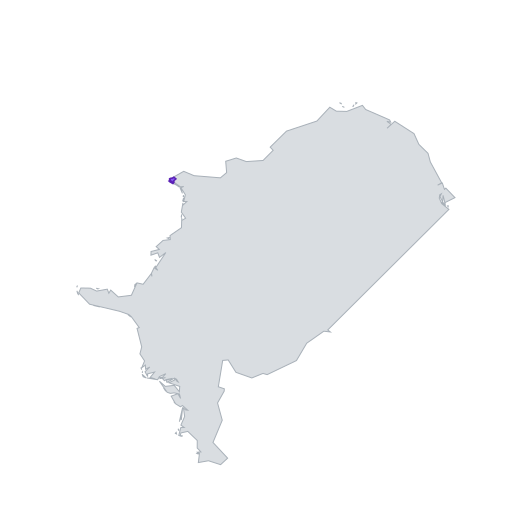 Cameron, Texas, United States of America shown in context, rotated 130°
{"feature_id": "52423323B19813922549461", "entity_name": "Cameron", "entity_type": "district", "adm_level": 2, "iso_a3": "USA", "parent_name": "United States of America", "parent_adm1": "Texas", "projection": "orthographic", "projection_center": [-97.444, 26.124], "detail": "fine", "context": "in_parent", "style": "filled", "palette": "violet", "viewbox_px": 512, "rotation_deg": 130, "n_neighbors": 0, "source": "geoboundaries", "source_scale": "gbopen_adm2", "svg_char_len": 4768}
<svg xmlns="http://www.w3.org/2000/svg" viewBox="0 0 512 512"><g transform="rotate(130 256 256)"><path d="M403.5,176.3L426.5,169.1L429.1,147.8L438.6,149.0L443.4,160.8L451.3,167.4L443.6,172.4L443.9,174.7L441.5,172.3L440.9,177.6L435.1,182.4L434.2,195.5L439.8,199.8L442.3,198.6L440.9,196.5L442.1,197.3L443.1,199.8L435.8,203.3L433.5,200.8L433.8,204.8L424.8,207.5L419.1,213.8L419.1,210.9L418.0,209.2L417.8,216.2L420.1,217.0L420.9,222.7L417.9,230.9L411.7,227.3L413.6,222.2L410.9,226.0L413.5,230.8L416.3,233.3L417.5,236.5L414.0,249.5L414.2,241.7L407.7,235.5L409.2,227.5L404.9,230.6L409.1,241.3L403.6,238.7L402.0,239.3L402.8,235.7L402.5,234.6L401.5,237.6L401.9,239.9L410.0,243.0L408.8,245.2L404.8,241.9L403.4,241.4L408.5,245.4L410.4,246.0L410.0,249.0L407.3,247.2L411.7,250.8L411.0,251.5L408.8,249.7L404.1,249.4L410.5,252.5L414.0,251.8L419.7,261.4L414.9,254.1L417.0,259.0L410.1,259.1L416.0,263.3L418.0,261.5L416.0,266.6L409.3,266.0L413.7,267.8L410.7,270.6L415.0,271.7L408.0,273.9L405.6,282.0L399.1,285.1L387.9,300.6L385.9,299.4L382.6,312.6L382.6,315.8L386.1,325.1L399.9,352.5L398.2,368.1L393.1,369.6L387.1,362.2L385.3,355.5L377.0,348.6L379.1,344.8L375.5,345.4L375.9,335.2L366.2,326.2L353.1,329.9L350.2,324.3L337.1,324.9L338.5,322.6L336.4,325.0L330.5,326.5L330.1,322.0L329.3,325.3L311.3,327.3L319.1,329.0L316.7,333.3L322.9,337.0L320.0,339.3L313.1,334.3L313.0,338.5L303.8,337.2L298.5,332.2L295.6,335.0L282.2,331.3L274.6,337.3L276.5,335.7L272.3,334.2L270.4,341.4L262.3,346.1L264.2,344.7L258.8,344.0L260.7,346.4L254.5,349.5L252.0,357.4L249.2,356.1L251.6,358.3L252.1,365.5L254.6,369.9L252.7,371.5L237.6,365.8L234.3,355.1L219.0,333.5L211.0,332.1L202.9,340.1L193.6,334.1L189.9,324.1L178.3,312.0L164.0,310.8L163.5,315.1L140.7,312.9L113.5,296.1L94.6,295.1L93.4,287.5L86.9,279.4L72.2,271.3L73.3,266.2L65.9,241.1L66.9,238.8L68.7,242.3L68.3,237.1L73.9,237.7L63.6,236.3L60.7,213.6L65.8,203.0L66.8,190.2L71.9,182.9L80.6,160.8L85.0,162.4L80.3,160.2L83.8,154.5L82.0,154.2L83.4,141.1L93.7,145.6L89.3,151.7L94.5,147.8L92.3,153.2L89.2,154.0L91.0,154.6L93.9,152.8L96.5,147.4L96.3,138.2L266.5,153.5L266.4,150.2L270.0,155.7L290.2,161.1L310.1,157.8L339.7,171.2L341.5,175.2L352.1,180.8L358.0,196.6L353.5,210.5L357.4,214.4L380.4,200.8L378.1,194.9L380.0,193.5L393.3,191.0L403.5,176.3ZM428.4,209.7L432.2,208.2L419.1,214.9L429.5,207.9L428.4,209.7ZM95.4,143.7L95.7,147.4L95.4,148.0L94.2,144.9L95.4,143.7ZM254.4,368.7L252.4,362.3L252.5,358.7L252.8,362.5L254.4,368.7ZM444.7,172.6L445.3,174.5L444.5,174.2L444.7,172.6ZM298.7,334.0L299.2,335.5L297.7,334.4L298.7,334.0ZM77.1,278.2L79.0,277.7L79.1,277.9L77.1,278.2ZM75.3,277.3L74.3,278.1L73.9,277.1L75.3,277.3ZM439.5,202.8L438.7,204.2L438.4,204.0L439.5,202.8ZM253.7,355.3L252.5,358.2L255.3,352.6L253.7,355.3ZM395.7,343.4L398.4,348.8L395.3,342.9L395.7,343.4ZM85.5,284.4L86.0,286.1L85.4,284.5L85.5,284.4ZM399.2,368.8L397.8,370.8L400.0,366.7L399.2,368.8ZM421.0,264.8L419.8,267.2L420.0,261.8L421.0,264.8ZM94.8,140.5L94.5,141.5L94.0,140.9L94.8,140.5ZM260.8,347.6L257.9,348.9L260.9,347.2L260.8,347.6ZM443.4,202.5L443.7,203.8L442.4,203.8L443.4,202.5ZM84.6,288.6L84.9,290.6L84.3,288.8L84.6,288.6ZM257.2,350.0L256.0,350.7L257.0,349.6L257.2,350.0ZM417.4,238.9L416.4,242.1L417.4,237.8L417.4,238.9ZM273.8,338.6L271.9,339.7L274.6,337.7L273.8,338.6ZM383.2,314.1L383.2,316.4L382.8,314.8L383.2,314.1ZM415.7,272.0L415.2,272.5L416.6,270.5L415.7,272.0ZM357.9,329.0L355.8,330.4L354.9,330.2L357.9,329.0ZM329.6,326.1L329.3,326.6L328.0,326.6L329.6,326.1ZM382.9,356.0L383.4,357.7L382.4,355.7L382.9,356.0ZM324.1,329.8L323.8,331.3L323.5,328.7L324.1,329.8ZM394.6,373.5L393.4,373.8L395.1,373.1L394.6,373.5ZM420.8,223.8L420.4,225.3L420.8,223.1L420.8,223.8ZM418.6,267.9L418.0,268.5L417.8,268.5L418.6,267.9Z" fill="#d9dde1" stroke="#a8b0b8" stroke-width="1"/><path d="M248.4,366.9L248.4,368.0L248.4,369.0L248.4,369.5L248.6,369.7L248.9,369.6L249.0,369.8L249.3,369.9L249.6,369.9L249.8,370.0L250.0,370.0L250.3,370.1L250.4,370.3L250.6,370.5L250.8,370.7L250.8,370.8L251.0,370.9L251.1,371.0L251.3,371.1L251.3,371.3L251.5,371.4L251.8,371.3L252.0,371.5L252.2,371.8L252.4,371.8L252.6,371.8L252.7,371.7L252.7,371.3L252.7,371.2L252.8,370.9L252.9,371.0L253.0,371.0L253.1,370.9L253.4,370.9L253.4,370.7L253.5,370.7L253.8,370.7L254.1,370.6L254.3,370.6L254.5,370.7L254.5,370.1L254.5,369.8L254.5,369.6L254.4,369.6L254.2,369.8L254.1,369.5L253.7,369.4L253.4,369.3L253.3,369.2L253.3,368.8L253.2,368.6L253.3,368.5L253.3,368.3L253.1,368.2L253.3,367.7L253.3,367.4L253.0,366.7L252.8,366.2L252.5,366.2L252.4,366.5L252.2,366.7L252.1,367.0L251.8,367.0L251.8,366.9L251.7,367.0L251.4,367.0L251.3,367.3L250.9,367.3L248.4,366.9ZM253.7,366.2L253.9,366.9L254.1,367.8L254.3,369.0L254.4,369.5L254.5,369.4L254.4,368.7L254.1,367.3L253.9,366.4L253.9,366.2L253.7,366.2Z" fill="#8b5cf6" stroke="#5b21b6" stroke-width="1.5"/></g></svg>